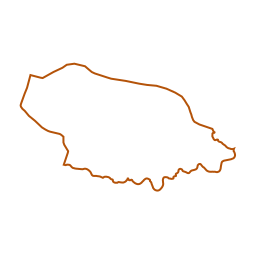 Cidade Da Matola, Maputo, Mozambique, rotated 274°
{"feature_id": "85939544B308430160587", "entity_name": "Cidade Da Matola", "entity_type": "district", "adm_level": 2, "iso_a3": "MOZ", "parent_name": "Mozambique", "parent_adm1": "Maputo", "projection": "mercator", "projection_center": [32.447, -25.844], "detail": "fine", "context": "isolated", "style": "outline", "palette": "amber", "viewbox_px": 256, "rotation_deg": 274, "n_neighbors": 0, "source": "geoboundaries", "source_scale": "gbopen_adm2", "svg_char_len": 4611}
<svg xmlns="http://www.w3.org/2000/svg" viewBox="0 0 256 256"><g transform="rotate(274 128 128)"><path d="M114.7,235.1L114.4,234.5L114.2,233.1L114.3,231.9L114.4,231.6L114.6,231.1L114.7,230.4L114.8,229.8L115.0,229.2L115.6,228.1L116.0,227.5L116.5,227.0L117.2,226.3L117.7,225.5L118.0,224.9L118.4,224.4L118.5,224.2L118.8,223.6L119.3,223.1L119.8,222.7L120.0,222.4L120.2,222.0L120.4,221.3L120.6,220.5L120.6,220.4L120.8,219.7L121.3,219.0L121.8,218.6L122.1,218.5L122.3,218.5L122.3,218.4L122.6,218.3L122.7,217.7L122.5,217.2L122.3,216.9L122.2,216.4L122.0,216.0L122.0,215.4L122.4,214.8L122.9,214.3L123.6,213.9L124.3,213.5L124.9,213.1L125.4,212.8L126.0,212.7L126.6,212.7L127.2,212.7L127.5,212.7L128.0,212.6L128.4,212.7L128.8,212.9L129.0,213.4L129.2,213.9L129.2,214.3L129.5,214.6L129.8,214.6L130.1,214.1L130.5,213.7L130.9,213.3L131.3,213.1L131.9,212.8L132.3,212.6L132.6,212.4L132.8,212.3L133.0,212.2L136.5,199.0L138.8,193.9L140.4,192.5L143.5,191.0L145.9,190.2L148.0,189.2L153.3,187.1L156.2,184.9L159.7,182.4L163.1,179.5L166.6,172.6L169.9,163.6L172.1,153.4L172.3,144.0L173.0,136.0L174.8,122.5L176.0,107.8L176.9,103.9L180.1,91.1L181.3,88.0L183.4,85.1L186.6,80.8L188.4,70.0L186.8,62.5L183.5,58.4L178.7,49.8L171.9,39.4L172.1,37.2L174.0,27.0L161.1,24.5L155.0,22.5L145.1,19.7L143.2,19.3L141.8,19.7L139.8,21.3L137.9,23.8L133.2,28.3L128.7,34.7L122.6,42.1L120.7,45.7L119.5,48.4L118.9,50.5L117.3,60.3L116.5,61.9L114.8,64.2L109.1,64.6L106.8,65.6L100.7,69.9L99.1,69.7L86.9,66.5L86.8,67.3L86.6,67.9L86.7,68.7L87.0,69.2L87.2,70.0L87.2,71.6L87.1,72.2L86.8,72.9L86.1,73.6L85.3,74.4L85.0,74.7L84.5,75.5L84.3,75.9L84.1,77.2L83.9,78.0L83.8,79.7L83.8,80.4L83.7,83.9L83.7,85.1L83.7,85.6L83.8,86.0L84.1,86.7L84.3,87.4L84.4,88.3L84.3,89.1L84.1,89.9L83.8,90.5L83.5,91.1L83.0,91.9L82.7,92.2L82.2,92.9L81.7,93.4L81.2,93.8L80.5,94.2L79.8,94.6L79.1,95.0L78.6,95.3L78.4,95.6L78.0,96.1L77.9,96.5L77.8,97.3L77.9,98.5L78.0,99.5L77.8,101.3L77.8,102.3L77.7,103.0L77.5,104.1L77.1,104.8L77.0,105.4L76.8,105.9L76.6,106.4L76.9,106.9L77.3,107.3L77.6,107.8L77.8,108.5L77.9,109.6L77.8,110.5L77.7,111.5L77.4,112.5L76.9,113.4L76.5,113.7L75.9,114.5L75.6,115.1L75.6,115.8L75.4,116.3L75.0,116.5L74.6,116.6L74.0,116.7L73.6,116.9L73.3,117.1L73.0,117.6L72.7,118.2L72.5,119.2L72.6,119.8L72.6,120.4L72.6,120.9L72.8,121.4L73.1,121.8L73.3,122.0L73.4,122.3L73.4,123.0L73.3,123.9L73.2,125.7L73.2,126.5L73.3,127.2L73.6,127.9L74.0,128.6L74.3,129.1L75.0,129.8L75.7,130.2L76.1,130.7L76.7,131.0L77.6,131.2L77.7,131.5L77.3,131.9L76.7,132.0L76.3,132.3L76.1,132.8L76.0,133.6L76.2,134.2L76.5,134.6L76.6,135.2L76.4,135.7L75.9,136.0L75.4,136.2L75.0,136.7L74.3,137.6L73.8,138.4L73.4,139.0L73.1,139.8L72.9,140.4L72.7,141.2L72.7,141.8L72.8,142.8L73.1,143.6L73.7,144.5L74.5,145.4L75.6,146.2L76.5,147.1L77.3,147.6L78.3,148.7L78.6,149.2L78.9,149.7L78.9,150.0L79.0,150.5L78.8,151.4L78.6,152.1L78.3,152.6L78.0,153.3L77.8,153.5L77.5,153.6L77.2,153.6L76.9,153.6L76.5,153.7L76.2,154.1L75.8,154.6L75.0,155.1L74.1,155.4L73.4,155.7L72.4,156.2L71.5,156.6L70.7,157.0L70.2,157.1L69.7,157.5L69.1,158.0L68.4,158.8L67.9,159.8L67.7,160.7L67.6,161.4L67.7,162.2L67.9,162.9L68.5,163.9L69.5,164.8L70.4,165.5L71.5,166.2L72.4,166.6L73.8,167.0L75.0,167.0L76.5,166.7L77.4,166.6L78.4,166.4L79.5,166.5L80.5,166.8L81.1,167.2L81.4,167.7L81.6,168.5L81.6,169.2L81.6,170.3L81.4,171.0L81.3,171.3L80.6,172.2L80.5,172.8L80.5,173.7L80.3,174.3L80.3,175.1L80.4,175.6L80.5,175.8L80.5,176.1L80.6,176.4L80.7,176.6L80.9,176.8L81.2,176.8L81.6,176.8L82.0,176.8L82.3,176.8L82.7,177.1L82.9,177.4L83.0,177.6L83.1,177.8L83.2,178.2L83.3,178.5L83.4,178.8L83.4,179.0L83.6,179.2L83.9,179.2L84.4,179.0L85.0,178.9L85.4,178.9L85.7,179.1L86.0,179.4L86.1,179.7L86.4,180.2L86.7,180.5L87.2,181.0L87.9,181.3L88.7,181.3L89.6,181.4L90.3,181.8L90.7,182.3L90.9,182.9L90.8,183.6L90.6,184.3L90.3,184.8L90.1,185.0L89.5,185.2L88.9,185.7L88.6,186.4L88.5,187.0L88.4,187.4L88.0,188.8L87.6,189.7L87.2,190.7L87.2,191.5L87.5,192.2L88.3,192.8L89.0,193.3L89.6,193.9L89.9,194.3L90.3,195.3L90.5,196.1L91.1,197.7L91.5,198.6L92.4,199.5L93.4,199.9L94.4,200.0L95.7,200.2L96.7,201.0L97.1,201.7L97.1,202.7L96.6,203.4L95.5,204.3L94.3,205.6L93.9,206.5L91.1,209.4L90.5,210.6L90.1,212.0L90.1,213.1L90.1,213.9L90.3,215.1L90.3,216.2L90.3,216.6L90.4,217.3L90.4,218.1L90.2,219.0L90.2,219.8L90.3,220.5L90.6,221.0L90.9,221.6L91.1,221.9L91.5,222.3L92.4,222.8L93.7,223.2L95.2,223.3L96.7,223.4L98.3,223.6L99.8,223.8L101.0,224.3L101.5,225.0L102.1,226.0L104.0,232.9L104.7,234.4L105.1,235.2L105.8,235.9L106.5,236.3L107.8,236.7L109.1,236.6L110.3,236.2L111.4,235.7L111.8,235.4L112.1,235.2L112.3,235.0L112.6,235.0L114.4,235.0L114.7,235.1Z" fill="none" stroke="#b45309" stroke-width="2"/></g></svg>